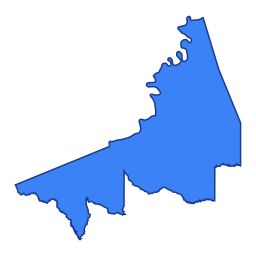 Mapiripana, Guainía, Colombia (Mercator projection)
{"feature_id": "7082276B54584642345614", "entity_name": "Mapiripana", "entity_type": "district", "adm_level": 2, "iso_a3": "COL", "parent_name": "Colombia", "parent_adm1": "Guainía", "projection": "mercator", "projection_center": [-70.379, 2.876], "detail": "fine", "context": "isolated", "style": "filled", "palette": "blue", "viewbox_px": 256, "rotation_deg": 0, "n_neighbors": 0, "source": "geoboundaries", "source_scale": "gbopen_adm2", "svg_char_len": 5841}
<svg xmlns="http://www.w3.org/2000/svg" viewBox="0 0 256 256"><path d="M109.3,146.5L15.4,184.9L17.3,189.0L18.0,192.0L18.5,192.7L19.9,193.3L20.0,193.9L20.8,194.8L22.1,194.6L23.8,193.3L24.7,194.6L26.8,195.3L28.3,194.4L29.4,194.7L29.5,194.2L30.4,194.0L30.9,193.3L33.2,193.5L33.7,192.8L34.3,192.6L35.0,193.2L35.3,193.1L35.3,193.8L35.9,193.8L36.4,194.9L37.4,195.5L38.4,197.9L39.2,198.8L39.1,199.4L38.8,199.4L39.3,200.5L39.9,201.0L40.7,200.8L41.1,201.0L41.3,200.5L41.6,200.4L42.0,201.4L43.4,201.3L43.6,202.1L44.0,202.3L45.4,201.7L45.4,202.0L46.9,203.2L47.4,203.1L48.1,201.8L48.8,201.3L48.8,200.7L49.5,200.3L49.8,200.5L49.8,200.1L50.3,200.2L51.8,199.1L53.6,199.1L55.2,199.6L54.9,200.2L55.7,200.5L56.0,200.3L56.1,200.9L56.8,201.4L57.1,203.6L57.4,203.5L57.3,204.1L57.5,204.4L57.1,204.6L56.9,205.2L57.1,205.8L56.9,206.5L57.4,207.6L58.1,207.7L58.6,208.5L59.3,208.9L59.6,210.6L60.0,210.4L60.5,210.7L60.9,211.8L61.6,212.2L61.6,211.7L62.6,211.7L62.6,212.3L64.5,213.7L65.2,213.4L65.5,214.3L66.5,215.0L66.7,216.1L66.2,216.4L66.6,217.3L67.4,217.6L68.7,219.4L70.3,219.5L70.3,219.9L70.9,219.9L70.8,220.8L71.3,221.1L71.5,221.7L71.2,222.3L70.5,222.7L71.0,223.6L70.6,224.6L71.5,225.3L71.4,225.5L71.7,225.6L71.4,225.9L72.0,226.0L71.8,226.3L72.8,226.4L72.7,227.2L73.2,227.2L73.1,227.4L73.6,228.2L73.4,228.8L74.1,229.1L73.8,229.8L74.0,230.0L74.3,229.8L74.4,230.6L75.0,230.8L74.7,231.6L75.3,231.9L76.0,231.7L75.4,232.4L76.1,232.6L75.9,233.1L76.3,232.9L76.1,233.8L77.3,234.9L77.4,235.1L77.1,235.1L77.8,236.2L77.9,237.0L78.4,236.9L78.8,237.7L79.1,237.7L78.9,238.7L79.6,239.2L79.5,239.4L80.2,239.6L80.4,239.3L80.1,239.1L80.7,238.8L80.0,238.7L80.1,237.5L81.7,236.0L81.9,235.1L83.7,234.1L84.4,233.1L84.3,232.1L84.7,231.4L84.2,230.1L84.2,228.5L85.0,227.2L85.2,225.8L87.1,224.2L87.3,223.2L86.8,222.8L86.7,222.2L88.2,220.3L87.8,219.0L87.9,217.9L89.3,217.6L89.9,216.4L89.8,215.4L90.3,214.7L88.2,213.1L88.2,210.4L86.2,204.5L86.2,199.7L86.7,197.5L87.9,198.6L87.5,199.7L88.1,200.2L88.0,200.8L88.6,202.0L89.7,201.9L91.2,201.4L93.3,202.4L94.0,203.5L95.1,203.3L95.6,204.0L96.8,203.8L97.6,204.2L98.9,204.1L99.7,204.6L100.3,204.2L100.8,205.1L102.2,205.4L103.1,206.4L106.6,207.9L107.8,209.0L108.0,212.2L109.1,213.3L110.4,213.2L111.5,213.7L113.0,213.6L114.4,214.0L115.8,213.2L118.3,212.5L118.7,213.2L119.6,213.4L120.0,214.0L121.4,213.9L122.6,215.0L123.5,214.1L124.7,214.5L125.2,214.3L123.3,213.1L123.6,212.3L123.3,211.7L123.7,211.5L122.6,211.1L122.7,209.6L122.3,209.4L122.8,209.1L123.3,207.1L124.0,206.3L124.1,171.1L125.5,173.5L128.2,176.0L128.3,178.2L129.0,180.0L131.2,181.2L132.5,182.5L132.7,184.3L133.1,184.8L135.9,186.1L137.7,186.3L139.8,187.8L141.0,189.4L143.0,189.8L144.7,191.2L147.6,192.2L148.7,194.0L149.4,193.6L152.4,193.3L154.5,192.0L156.9,192.3L157.7,191.5L159.0,191.1L159.4,190.0L160.1,189.6L160.3,188.9L161.0,188.8L162.9,187.5L164.3,187.3L166.6,188.3L168.3,189.5L170.6,190.4L173.2,192.1L175.9,192.3L177.4,193.4L179.5,193.9L181.2,194.7L181.9,195.9L182.6,196.4L182.7,197.0L183.2,197.6L183.3,198.6L183.9,198.9L183.9,199.9L185.2,200.2L185.5,201.1L186.5,201.4L186.6,202.0L187.0,202.3L187.2,202.1L187.3,202.4L187.8,202.3L187.6,202.5L188.2,202.7L188.8,202.2L189.6,202.4L189.5,202.8L190.3,202.5L190.9,203.0L191.2,203.0L191.1,203.4L193.0,203.4L193.4,202.9L193.9,203.4L194.2,203.1L194.3,202.3L194.7,202.3L194.5,202.7L194.9,202.8L196.2,201.5L196.3,201.9L197.3,202.1L197.9,201.8L198.0,201.4L199.0,200.6L198.9,201.4L199.9,200.9L200.5,201.5L200.9,200.7L201.1,201.0L201.8,200.4L201.9,200.7L203.4,200.2L203.8,200.6L204.6,200.4L204.7,200.1L205.8,199.9L205.7,199.0L207.1,199.3L207.6,199.1L208.1,199.8L208.7,199.4L209.3,199.4L209.5,199.6L210.8,199.2L211.2,200.2L212.2,200.4L212.5,200.8L213.2,200.5L213.4,200.8L214.4,200.3L214.7,200.5L214.8,167.0L215.5,167.2L215.9,166.8L216.0,167.0L216.5,166.1L216.6,166.7L218.4,166.0L218.8,166.3L219.3,166.1L220.0,166.2L222.0,163.9L222.6,164.3L223.4,163.7L224.2,164.1L224.0,164.6L224.9,164.6L225.9,165.2L227.5,165.2L227.9,164.8L227.8,165.3L228.2,165.2L228.5,166.1L229.6,166.1L230.0,165.3L230.5,166.0L231.7,166.3L233.7,165.5L233.6,166.0L234.5,166.3L234.8,165.4L235.9,165.4L236.2,164.5L236.7,164.7L236.7,164.3L237.0,164.7L237.3,164.3L238.0,165.1L239.3,164.8L239.3,165.2L239.6,165.1L239.9,165.5L240.2,165.2L240.4,165.9L240.6,165.8L240.6,122.9L218.8,69.5L203.1,17.7L199.0,19.7L191.5,20.4L190.3,19.4L190.1,18.9L190.6,17.6L189.3,16.4L188.5,16.6L187.7,16.9L186.9,18.0L186.8,19.3L187.3,20.7L187.3,22.2L186.3,24.5L185.3,25.3L178.5,27.0L178.0,27.5L178.1,28.8L182.0,33.1L184.3,33.9L188.2,37.3L190.1,37.9L191.5,39.6L191.2,41.8L190.0,42.6L189.2,42.5L187.3,40.4L185.7,39.6L184.5,39.6L183.5,40.0L181.9,41.1L181.1,42.2L180.8,44.6L181.3,47.2L182.0,47.9L183.9,48.2L185.7,49.0L186.6,50.1L186.9,53.0L187.5,54.8L187.5,58.8L187.0,59.7L185.6,60.9L184.4,61.5L183.1,61.4L182.3,59.9L181.9,57.8L182.0,54.9L181.2,53.2L179.3,51.7L177.6,51.8L176.7,53.0L176.8,55.7L181.1,60.6L181.0,61.6L179.7,63.4L176.7,65.1L175.3,65.4L173.8,65.0L173.0,64.3L172.6,63.3L172.3,60.5L171.4,58.8L169.8,57.8L168.4,58.2L168.0,58.9L167.9,60.1L170.5,62.0L171.1,64.0L170.8,65.1L170.0,65.9L168.8,66.1L167.7,65.4L166.9,64.1L166.0,63.4L164.2,63.2L162.8,63.8L161.7,65.3L161.5,67.3L160.1,69.5L159.5,71.4L158.3,72.5L157.0,72.9L155.0,74.0L153.6,75.5L153.6,76.4L155.1,78.6L155.4,79.6L155.6,80.7L155.3,81.7L154.8,82.2L152.4,82.7L148.6,82.6L147.3,83.1L146.7,83.8L146.4,84.7L146.6,85.6L148.2,86.9L154.1,86.6L156.8,87.7L159.8,91.3L160.5,92.8L160.4,93.6L159.4,94.6L157.0,95.2L151.5,94.2L150.7,94.4L150.2,95.0L150.7,96.2L153.6,100.1L154.7,103.1L155.8,111.3L155.5,115.4L151.4,116.4L149.4,118.2L146.0,120.0L143.7,120.0L141.6,119.3L140.3,119.4L139.6,119.9L139.2,120.6L139.2,122.0L139.9,124.0L140.8,128.5L140.2,131.4L139.3,132.7L137.7,133.3L135.5,133.6L130.1,136.9L127.7,137.9L122.5,139.3L115.7,140.5L114.7,141.0L111.5,141.7L110.1,141.2L109.1,142.3L109.5,146.1L109.3,146.5Z" fill="#3b82f6" stroke="#1e3a8a" stroke-width="1.5"/></svg>